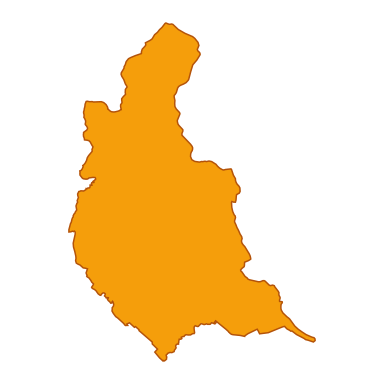 Bozovici, Caras-Severin, Romania
{"feature_id": "2599482B43426920958280", "entity_name": "Bozovici", "entity_type": "district", "adm_level": 2, "iso_a3": "ROU", "parent_name": "Romania", "parent_adm1": "Caras-Severin", "projection": "robinson", "projection_center": [21.961, 45.006], "detail": "fine", "context": "isolated", "style": "filled", "palette": "amber", "viewbox_px": 384, "rotation_deg": 0, "n_neighbors": 0, "source": "geoboundaries", "source_scale": "gbopen_adm2", "svg_char_len": 5922}
<svg xmlns="http://www.w3.org/2000/svg" viewBox="0 0 384 384"><path d="M315.1,340.6L315.0,338.9L314.0,337.7L311.8,337.1L306.1,334.6L302.1,332.0L298.3,329.3L294.8,326.1L289.8,319.2L288.9,318.3L286.8,316.7L282.9,312.9L281.3,310.1L280.9,308.4L280.9,306.2L281.1,304.3L282.1,303.0L282.3,302.5L282.1,301.7L279.6,301.4L279.5,300.0L280.0,298.8L280.1,297.6L279.7,296.5L279.1,295.6L278.8,294.0L279.0,292.8L278.3,291.4L274.8,286.8L274.3,285.7L272.7,285.1L270.4,285.6L269.2,285.1L265.1,281.1L264.0,280.6L262.8,280.7L260.3,281.7L258.5,281.8L249.6,279.8L248.1,279.2L247.0,277.8L245.1,276.5L241.9,271.9L240.8,270.9L240.6,269.9L242.2,268.2L244.1,266.7L244.4,265.6L244.6,262.2L248.5,260.6L250.7,259.2L250.7,258.4L250.2,256.1L249.3,254.0L244.8,246.6L243.3,245.0L242.1,243.3L241.6,241.9L241.5,240.6L242.1,238.6L241.7,236.7L240.0,233.9L238.6,230.6L236.9,227.4L235.9,224.7L234.6,222.0L234.6,220.7L235.5,217.7L235.2,216.0L234.2,214.9L232.7,211.5L231.8,207.4L231.5,202.5L231.9,201.5L233.5,202.1L235.4,202.2L236.0,200.1L236.3,196.2L236.6,194.6L239.3,193.1L240.1,191.4L239.9,187.9L238.9,186.1L237.0,184.0L236.0,182.1L235.5,180.4L235.4,178.6L233.4,175.2L231.5,169.5L231.0,168.9L225.4,169.5L223.8,170.0L222.4,169.7L219.6,168.1L217.6,166.3L216.0,164.3L211.7,161.6L209.5,161.1L208.5,161.1L206.5,161.6L205.4,161.3L204.3,161.3L202.7,161.7L201.8,161.5L199.4,162.1L194.7,161.4L191.8,159.7L190.5,156.5L190.7,153.8L191.3,152.1L192.2,150.6L192.6,149.1L192.6,147.6L192.0,146.2L190.6,144.3L182.0,135.3L181.9,133.5L182.8,131.3L182.9,129.9L182.4,129.2L178.9,125.4L178.0,124.1L177.4,121.8L177.3,120.4L179.8,114.3L179.9,113.3L179.4,112.4L176.2,108.9L174.9,106.5L174.7,103.4L174.9,100.4L174.3,97.7L174.1,96.0L174.4,95.2L175.1,94.5L176.3,92.6L177.7,87.9L178.7,86.5L180.3,85.4L183.6,84.0L186.1,82.6L188.1,80.4L188.7,79.4L190.7,71.7L192.8,64.8L196.8,60.1L200.1,54.7L200.0,53.5L199.8,52.9L198.9,51.8L197.8,50.8L197.3,49.4L198.9,45.5L198.0,42.4L194.8,38.4L192.6,36.6L184.9,33.3L178.3,29.5L172.9,24.4L171.6,24.0L169.8,24.3L168.9,24.2L165.9,23.0L165.0,23.5L162.0,27.4L159.5,29.7L157.5,32.3L154.6,34.7L152.2,38.8L150.4,40.2L145.4,42.8L145.8,44.9L145.1,46.1L142.2,49.2L141.3,52.3L141.5,52.8L141.5,53.2L141.3,53.6L135.4,55.6L130.8,57.5L128.5,58.7L126.4,61.3L126.0,62.1L125.3,64.6L124.1,66.7L124.0,68.2L121.3,72.8L121.1,74.3L121.8,76.3L123.8,79.6L125.4,84.0L126.7,86.0L127.1,87.0L125.4,89.4L125.3,91.5L125.2,92.1L125.5,94.4L123.3,96.6L121.7,98.7L121.7,100.3L122.0,102.0L122.0,102.6L121.5,103.6L120.8,104.4L120.6,105.0L120.6,106.6L121.2,109.6L120.6,109.6L119.7,110.5L118.2,111.1L115.3,111.8L114.0,112.0L111.8,111.8L110.5,111.3L108.2,109.3L108.0,108.8L107.7,108.8L107.7,107.7L107.5,107.0L106.1,104.6L103.9,102.7L102.8,102.2L101.2,101.7L93.6,102.0L92.2,101.6L89.7,101.7L87.1,101.2L86.1,101.5L85.1,104.2L84.9,106.3L84.2,109.1L84.2,109.9L83.6,111.8L83.6,113.0L84.0,114.5L84.1,115.9L83.9,117.4L84.6,118.4L85.6,120.8L85.6,122.2L85.2,124.0L85.4,124.7L86.5,126.0L87.2,127.2L87.5,127.9L87.5,128.7L87.0,129.7L86.6,130.2L83.7,132.3L83.5,132.9L83.6,133.5L83.4,134.3L83.5,136.3L84.3,138.3L84.5,139.9L87.1,140.2L88.9,140.7L90.2,142.0L92.2,145.7L92.9,146.6L92.8,147.5L92.0,149.4L92.2,151.3L88.7,155.5L87.3,157.7L86.5,160.6L85.0,163.4L83.6,165.0L82.8,165.5L83.1,166.6L83.0,167.1L82.0,169.3L81.1,170.4L79.8,170.9L80.0,172.2L79.9,173.5L80.0,175.1L82.2,178.0L83.2,178.7L84.0,178.9L85.4,179.1L87.1,179.1L88.1,178.7L89.1,177.9L92.9,177.4L95.0,177.5L95.4,178.0L95.7,179.1L94.7,180.1L92.9,181.5L93.0,182.2L93.9,182.3L93.8,182.5L92.3,182.5L91.7,182.8L91.4,183.5L91.9,185.2L91.4,185.3L90.5,185.0L90.1,185.0L90.0,186.9L89.6,187.8L87.6,188.1L87.1,188.7L86.1,188.5L85.9,189.6L83.7,191.0L80.8,190.8L79.9,191.3L79.0,191.4L78.7,191.7L77.6,194.0L77.8,195.7L78.4,197.5L77.2,200.6L77.6,202.3L76.8,203.6L76.0,206.0L76.7,210.0L75.3,212.0L74.9,213.2L74.2,213.8L73.8,214.5L73.2,215.7L73.2,216.9L72.6,217.6L72.0,219.1L71.2,222.5L70.6,223.3L68.9,229.7L68.9,232.0L71.0,231.8L72.3,231.2L72.9,231.3L73.4,231.6L74.3,231.1L75.2,232.1L75.2,234.1L73.2,243.2L73.5,247.0L74.8,251.5L75.8,256.1L76.0,258.3L75.6,260.7L76.3,263.1L78.1,264.2L80.0,265.0L83.2,267.9L85.4,268.2L87.5,268.8L86.1,272.9L86.5,274.2L87.1,275.4L86.7,276.2L87.1,276.8L88.9,277.9L90.9,280.5L91.6,282.0L93.5,283.9L93.2,284.8L91.6,287.3L92.3,288.4L94.3,289.4L95.8,290.5L98.2,293.9L100.0,295.2L100.8,295.3L101.6,294.1L102.7,293.1L103.4,292.9L104.4,293.1L105.3,293.9L105.0,295.0L104.5,295.9L104.8,296.2L105.7,297.0L106.2,297.9L107.3,297.6L108.3,297.7L108.1,298.5L107.4,299.1L108.2,300.5L109.6,301.7L110.8,303.2L111.8,303.0L112.0,302.0L112.5,301.3L113.1,302.1L113.7,304.3L113.4,306.2L112.2,307.7L112.2,309.3L112.0,311.0L113.4,313.5L115.7,316.6L117.6,317.9L123.1,322.9L124.2,324.1L124.7,324.9L125.5,325.5L127.7,325.4L126.8,324.0L129.5,322.8L134.4,327.3L135.5,326.6L139.0,329.7L139.0,330.6L152.2,342.0L152.3,344.0L157.5,349.1L154.8,352.1L159.5,357.8L163.0,361.0L163.3,360.5L164.5,360.9L166.0,359.7L166.6,359.0L166.5,357.7L166.8,357.2L166.7,356.8L166.2,355.8L166.2,355.0L167.3,354.0L167.8,353.3L170.0,352.4L171.0,352.6L171.9,352.6L174.1,351.6L174.5,350.1L175.5,348.8L176.1,347.8L175.7,346.7L175.7,345.6L176.3,344.7L177.1,344.1L178.5,344.1L178.5,342.8L178.8,342.3L178.7,341.9L179.2,339.2L180.8,339.2L181.8,338.6L181.3,337.5L181.3,337.2L183.1,336.5L184.0,336.5L184.8,335.4L186.0,334.7L188.3,335.0L190.6,334.9L192.7,333.6L194.1,333.6L194.6,332.8L194.1,328.9L194.1,327.1L195.2,325.7L197.3,326.5L198.3,326.4L200.9,323.8L201.8,323.8L204.1,324.6L205.6,324.2L206.5,323.8L207.5,324.3L209.8,324.3L210.3,324.2L211.6,322.7L214.9,323.9L215.8,323.0L214.5,322.3L215.6,320.8L226.0,329.3L228.4,331.5L228.8,332.2L229.4,332.6L230.0,333.3L231.4,334.3L233.0,334.7L240.1,335.4L244.7,336.4L244.8,335.9L247.9,333.7L257.2,329.2L258.2,330.9L259.6,333.8L268.3,332.7L280.2,327.8L283.1,326.7L284.7,326.4L285.2,327.1L287.1,329.0L289.8,330.4L290.6,331.1L292.1,331.1L296.5,334.5L304.0,338.4L305.6,339.6L308.1,340.2L313.4,342.0L315.1,340.6Z" fill="#f59e0b" stroke="#b45309" stroke-width="1.5"/></svg>